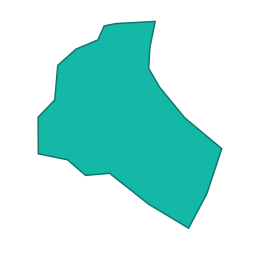 SVG path tracing the border of Kerċem, rotated 265°
{"feature_id": "MLT-5981", "entity_name": "Kerċem", "entity_type": "state/province", "adm_level": 1, "iso_a3": "MLT", "parent_name": "Malta", "parent_adm1": "", "projection": "orthographic", "projection_center": [14.218, 36.038], "detail": "fine", "context": "isolated", "style": "filled", "palette": "teal", "viewbox_px": 256, "rotation_deg": 265, "n_neighbors": 0, "source": "natural_earth", "source_scale": "10m", "svg_char_len": 409}
<svg xmlns="http://www.w3.org/2000/svg" viewBox="0 0 256 256"><g transform="rotate(265 128 128)"><path d="M99.2,219.6L55.5,200.7L22.9,179.6L50.4,141.8L84.5,105.7L84.5,81.6L101.6,65.0L110.1,36.4L146.6,39.4L162.4,57.5L196.5,63.5L211.1,83.1L218.4,105.7L231.8,113.2L233.1,125.2L231.8,164.4L206.3,156.8L185.6,153.8L166.1,162.9L133.2,185.4L99.2,219.6Z" fill="#14b8a6" stroke="#0f766e" stroke-width="1.5"/></g></svg>